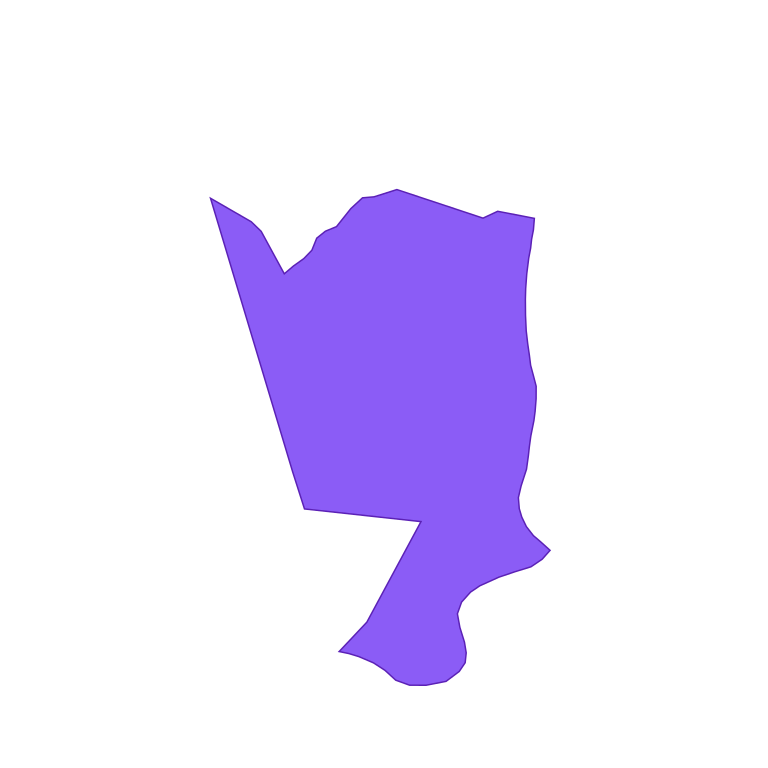 outline of Grossos, Rio Grande do Norte, Brazil, rotated 44°
{"feature_id": "56859067B32451486884913", "entity_name": "Grossos", "entity_type": "district", "adm_level": 2, "iso_a3": "BRA", "parent_name": "Brazil", "parent_adm1": "Rio Grande do Norte", "projection": "natural_earth1", "projection_center": [-37.19, -4.948], "detail": "fine", "context": "isolated", "style": "filled", "palette": "violet", "viewbox_px": 768, "rotation_deg": 44, "n_neighbors": 0, "source": "geoboundaries", "source_scale": "gbopen_adm2", "svg_char_len": 1058}
<svg xmlns="http://www.w3.org/2000/svg" viewBox="0 0 768 768"><g transform="rotate(44 384 384)"><path d="M619.0,388.3L606.6,388.7L596.8,389.3L585.5,387.7L575.5,384.0L567.9,379.7L559.6,372.4L553.4,362.0L545.7,346.3L537.6,335.2L532.1,328.1L525.8,319.5L517.2,306.1L511.7,298.7L503.8,289.1L495.0,279.9L486.0,274.4L476.5,268.7L468.7,262.4L459.4,255.2L449.3,246.9L438.1,236.3L426.8,224.8L419.6,216.9L410.1,205.5L400.6,192.8L395.1,184.4L389.6,177.3L384.4,169.3L377.1,160.4L368.0,166.3L345.8,180.8L340.0,195.9L258.2,235.2L246.8,256.3L239.2,265.0L238.3,280.8L240.5,303.8L235.7,314.8L234.3,325.8L239.2,337.9L239.2,349.5L236.9,362.0L235.7,374.0L189.6,359.5L175.8,359.5L130.2,370.9L379.4,510.7L413.6,529.1L506.2,457.3L537.1,567.2L537.6,607.6L546.0,602.3L555.2,597.6L570.2,591.9L583.6,589.3L598.2,588.9L611.6,582.9L623.5,571.5L635.2,554.8L637.8,538.5L636.0,528.1L629.9,520.3L621.2,513.8L607.7,506.4L596.4,498.3L591.3,487.0L590.8,473.6L593.1,462.6L600.8,443.2L608.6,428.1L616.7,413.4L619.5,400.1L619.0,388.3Z" fill="#8b5cf6" stroke="#5b21b6" stroke-width="1.5"/></g></svg>